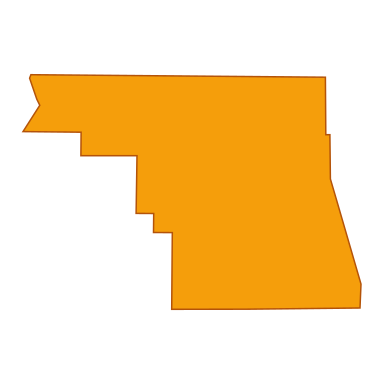 Morgan, Illinois, United States of America
{"feature_id": "52423323B44422856436283", "entity_name": "Morgan", "entity_type": "district", "adm_level": 2, "iso_a3": "USA", "parent_name": "United States of America", "parent_adm1": "Illinois", "projection": "equal_earth", "projection_center": [-90.262, 39.698], "detail": "fine", "context": "isolated", "style": "filled", "palette": "amber", "viewbox_px": 384, "rotation_deg": 0, "n_neighbors": 0, "source": "geoboundaries", "source_scale": "gbopen_adm2", "svg_char_len": 385}
<svg xmlns="http://www.w3.org/2000/svg" viewBox="0 0 384 384"><path d="M360.0,308.0L361.0,284.1L337.4,202.9L330.4,179.0L329.9,134.7L325.8,134.7L325.4,77.2L30.9,74.7L29.6,78.2L36.8,99.2L39.8,105.3L23.0,131.6L81.1,132.2L80.9,155.7L137.0,155.7L136.1,213.4L153.7,213.5L153.5,232.5L172.3,232.6L171.7,309.3L245.9,309.2L360.0,308.0Z" fill="#f59e0b" stroke="#b45309" stroke-width="1.5"/></svg>